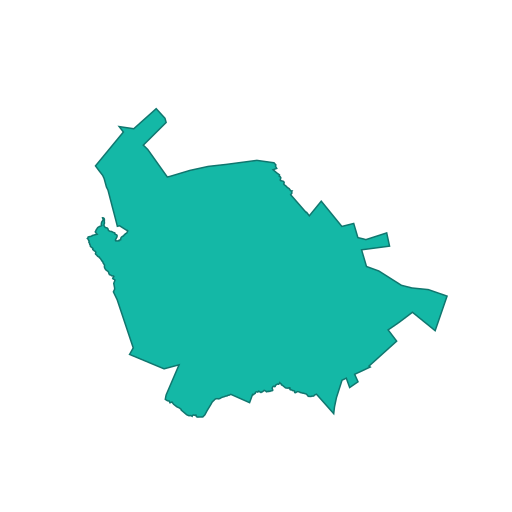 Santa Isabel, Chihuahua, Mexico (Mercator projection), rotated 155°
{"feature_id": "50627088B95604835904920", "entity_name": "Santa Isabel", "entity_type": "district", "adm_level": 2, "iso_a3": "MEX", "parent_name": "Mexico", "parent_adm1": "Chihuahua", "projection": "mercator", "projection_center": [-106.302, 28.305], "detail": "fine", "context": "isolated", "style": "filled", "palette": "teal", "viewbox_px": 512, "rotation_deg": 155, "n_neighbors": 0, "source": "geoboundaries", "source_scale": "gbopen_adm2", "svg_char_len": 5996}
<svg xmlns="http://www.w3.org/2000/svg" viewBox="0 0 512 512"><g transform="rotate(155 256 256)"><path d="M99.8,138.9L114.0,152.7L128.3,161.2L136.6,168.0L151.0,190.5L160.3,199.8L157.7,217.0L130.8,208.5L127.8,221.7L149.5,224.4L151.7,226.3L155.9,229.6L153.7,244.2L165.7,246.5L173.7,278.1L190.7,269.9L191.7,274.3L192.2,274.3L198.7,296.9L197.8,297.3L196.9,297.8L196.4,299.3L195.8,299.7L196.8,300.3L196.9,300.6L197.1,300.9L197.2,301.6L197.5,303.1L198.0,303.9L198.7,304.9L199.0,306.2L200.4,308.9L200.4,309.6L200.1,309.9L199.6,310.3L199.4,310.9L199.4,311.4L199.5,311.7L199.7,312.2L201.9,314.0L202.0,314.4L201.7,315.0L201.2,315.4L200.8,316.0L200.4,316.6L200.6,317.7L200.9,317.9L201.2,318.2L201.2,318.6L200.8,318.9L200.4,319.6L202.0,322.4L204.1,327.0L200.2,326.6L200.4,329.2L199.5,330.1L200.3,332.9L214.8,342.3L244.3,351.6L261.5,357.4L279.7,361.5L300.3,364.5L303.0,365.1L309.1,398.3L311.3,404.1L281.0,415.0L280.3,419.3L284.2,431.7L313.0,423.0L325.3,431.1L323.8,424.4L363.4,405.5L362.2,399.6L360.9,393.9L360.9,390.4L362.4,381.7L362.3,378.5L362.4,377.7L365.2,362.6L366.5,355.4L368.4,345.1L369.1,341.5L366.9,341.1L362.5,334.2L362.2,333.9L361.8,333.6L361.6,333.2L361.6,332.9L362.5,332.3L363.3,331.5L363.6,331.3L364.2,331.4L364.9,331.4L365.1,331.2L365.6,331.1L365.7,330.9L365.9,330.9L366.4,330.9L367.2,330.4L367.9,330.1L368.1,330.1L368.4,330.3L369.7,330.0L370.1,329.9L370.3,329.8L370.7,329.5L371.2,328.9L371.4,328.7L371.6,328.3L371.8,328.1L371.9,327.9L372.2,328.0L372.3,328.0L372.5,328.1L372.8,328.1L373.0,328.0L373.4,328.2L373.5,328.2L373.8,328.0L373.9,327.7L374.8,328.1L375.7,328.4L376.0,328.7L376.5,328.9L376.8,329.1L376.8,329.6L376.5,330.1L374.0,332.0L373.3,333.0L373.3,334.0L373.8,334.5L374.3,335.1L374.5,335.3L374.5,335.5L374.2,336.4L374.4,336.8L375.6,337.9L376.1,338.7L376.7,339.4L377.5,339.8L378.2,340.4L378.6,341.1L378.9,341.7L378.9,342.2L378.8,342.6L378.7,343.5L379.1,344.4L380.2,345.2L380.6,345.7L380.8,346.5L380.9,347.3L380.8,348.2L380.2,349.1L379.6,349.6L379.2,350.4L378.9,351.3L378.5,352.2L378.2,352.6L378.0,353.1L377.8,353.8L377.9,354.5L378.5,355.3L378.8,355.5L379.0,355.5L379.0,353.9L379.4,353.4L379.8,353.0L381.5,352.0L382.0,351.4L382.5,350.7L383.0,349.8L383.0,348.8L384.0,348.7L385.2,348.9L387.2,348.7L387.9,348.4L388.4,348.0L389.4,347.5L389.9,347.1L390.4,346.6L391.5,345.8L390.8,342.8L392.4,343.2L394.9,343.6L395.6,343.8L395.8,343.8L396.0,343.6L397.1,343.5L398.5,343.9L399.6,344.1L400.0,344.2L400.8,343.4L401.0,343.3L401.4,343.2L401.1,342.4L401.1,340.8L401.1,340.3L400.9,340.1L401.0,339.8L401.5,339.3L401.6,339.1L401.7,338.8L401.5,338.1L401.5,337.6L401.7,337.2L401.8,336.7L401.6,335.8L401.7,335.5L402.0,335.0L402.0,334.7L401.6,333.7L400.6,331.8L400.7,331.6L400.9,331.4L401.1,331.1L401.2,330.9L401.0,330.3L400.7,329.9L400.4,329.0L399.7,328.1L399.6,327.5L399.5,327.2L399.7,326.9L400.4,326.2L400.6,325.7L400.4,325.0L399.9,323.9L399.7,322.8L398.9,321.5L398.5,321.3L398.5,321.2L398.6,320.5L398.2,319.8L397.9,318.2L397.8,317.4L397.9,317.1L397.9,316.8L397.5,316.4L397.4,316.0L397.3,315.5L397.5,314.6L397.5,314.1L397.1,311.8L397.9,310.5L398.1,309.8L398.2,309.3L398.1,308.3L398.1,307.5L397.8,306.6L397.5,306.0L396.8,304.9L396.6,304.4L396.5,303.9L396.7,302.3L396.7,301.0L396.1,300.6L395.7,300.1L395.1,299.0L394.6,298.7L393.8,298.3L393.5,297.8L393.5,297.4L395.3,296.4L395.3,295.9L395.0,295.4L394.3,294.6L394.0,294.1L394.0,293.7L396.5,291.3L396.9,289.7L397.6,287.0L398.1,285.7L400.4,283.8L400.3,275.1L406.1,224.6L412.2,220.2L387.0,192.6L371.7,189.9L395.9,168.3L396.9,167.1L398.8,164.4L397.4,162.2L396.0,161.3L396.0,159.3L393.9,159.2L393.3,156.4L391.5,152.8L389.6,150.6L388.6,148.5L388.9,148.0L385.9,141.4L384.2,139.5L382.9,139.2L382.5,138.7L382.1,138.4L381.6,137.7L381.0,138.4L379.9,138.4L379.6,138.0L379.1,137.8L378.8,137.5L378.6,137.5L378.1,137.4L377.6,137.2L377.6,136.9L377.9,136.2L377.9,135.9L377.6,135.2L377.4,134.9L372.2,132.6L370.9,133.2L370.5,133.2L369.4,133.7L365.7,136.5L359.1,140.9L357.7,142.0L356.2,142.6L355.2,142.9L354.0,143.4L352.9,143.6L352.2,143.4L350.7,142.7L350.3,142.3L349.7,142.2L348.9,142.1L347.0,142.3L345.9,142.2L344.2,141.9L343.0,141.9L341.3,141.4L340.2,141.6L339.4,141.3L338.9,141.2L338.4,141.2L338.0,141.3L337.3,141.3L323.8,125.8L318.0,131.6L318.0,131.4L317.9,131.4L316.7,131.4L315.6,131.9L315.3,131.9L315.0,131.8L314.8,131.8L314.1,132.6L313.7,132.7L312.8,132.7L312.5,132.5L312.1,132.0L311.3,132.0L310.7,132.4L310.4,132.1L310.2,131.5L309.6,130.9L309.2,130.2L308.5,130.4L307.8,130.2L307.5,130.2L306.0,130.6L305.7,130.8L305.4,130.8L305.2,130.7L304.6,129.8L304.3,129.7L304.2,129.5L304.1,128.9L303.8,128.4L303.6,128.3L303.1,128.5L302.8,128.4L302.1,127.9L301.5,128.1L301.3,128.0L301.2,127.8L300.7,127.4L299.8,127.5L299.1,127.3L298.5,127.1L297.8,127.1L297.5,127.3L297.3,128.3L297.3,129.1L297.3,129.3L296.9,129.7L295.8,130.5L295.4,130.6L295.1,130.5L294.7,130.2L294.4,129.8L294.2,129.6L293.6,129.8L293.3,130.3L293.2,130.4L292.3,130.7L291.3,130.8L291.0,130.9L290.7,130.9L290.2,130.6L289.9,130.3L289.7,130.2L288.6,130.6L288.4,130.8L288.3,131.0L288.0,131.2L287.9,130.6L287.5,129.7L287.3,129.6L287.2,129.3L287.3,128.8L287.4,128.6L287.4,128.4L287.3,128.2L287.0,128.1L286.6,127.6L286.4,127.1L286.2,126.5L285.4,125.0L285.1,124.2L284.6,123.7L283.9,123.3L283.1,122.8L282.7,122.8L281.9,122.7L281.5,122.6L281.1,122.3L280.9,122.0L281.0,121.8L281.8,122.0L281.9,121.9L281.7,121.3L281.1,120.5L281.1,120.4L281.3,120.2L281.0,119.9L280.5,119.8L280.1,119.3L279.9,118.8L279.8,118.6L278.9,118.1L278.2,117.4L278.6,116.1L278.4,115.6L278.2,115.5L277.7,115.4L277.5,115.5L277.2,115.5L276.5,115.6L276.0,115.6L275.4,115.4L274.9,115.1L274.3,114.6L273.7,113.9L273.6,113.5L273.0,113.2L271.8,112.1L271.2,111.8L268.8,109.7L268.5,109.1L268.1,107.2L267.9,106.7L267.2,106.3L265.5,105.4L265.0,105.5L262.9,104.7L262.6,104.8L261.7,105.3L261.4,105.3L260.9,105.2L259.6,105.2L252.2,80.3L248.6,86.1L242.9,93.7L230.5,107.1L225.8,107.1L226.7,97.2L216.7,98.9L216.6,107.1L199.4,107.1L200.1,108.5L164.5,119.4L167.5,133.2L154.3,135.4L138.0,138.9L125.2,112.6L99.8,138.9Z" fill="#14b8a6" stroke="#0f766e" stroke-width="1.5"/></g></svg>